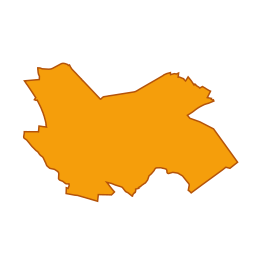 the district of Helmond, Noord-Brabant, Netherlands, rotated 173°
{"feature_id": "6326949B31180787122352", "entity_name": "Helmond", "entity_type": "district", "adm_level": 2, "iso_a3": "NLD", "parent_name": "Netherlands", "parent_adm1": "Noord-Brabant", "projection": "albers", "projection_center": [5.662, 51.474], "detail": "fine", "context": "isolated", "style": "filled", "palette": "amber", "viewbox_px": 256, "rotation_deg": 173, "n_neighbors": 0, "source": "geoboundaries", "source_scale": "gbopen_adm2", "svg_char_len": 5299}
<svg xmlns="http://www.w3.org/2000/svg" viewBox="0 0 256 256"><g transform="rotate(173 128 128)"><path d="M210.2,198.7L210.3,197.9L210.2,197.9L210.3,197.3L210.4,194.6L210.4,194.3L210.4,193.6L210.3,193.0L210.3,192.5L210.2,191.9L210.0,191.4L209.6,190.3L210.1,186.9L224.1,187.4L224.0,187.2L225.0,187.3L224.4,186.2L223.6,184.6L223.2,183.8L222.7,183.0L220.2,178.1L219.8,177.3L219.4,176.5L218.6,174.9L218.2,174.1L217.0,171.6L216.6,170.8L215.9,169.4L217.5,167.5L215.8,166.6L214.8,166.8L214.4,165.8L213.8,164.1L212.6,160.7L212.1,159.2L211.8,158.3L211.7,157.9L210.9,154.8L210.4,153.1L210.3,152.2L210.1,151.3L209.7,149.5L209.5,147.7L209.2,145.9L209.0,144.1L208.9,143.2L208.9,142.3L208.8,141.1L209.0,141.1L208.9,139.5L208.8,138.9L210.3,139.3L212.1,139.7L213.8,140.2L216.1,140.8L217.3,135.1L217.8,135.2L218.2,135.3L218.6,135.4L218.9,135.4L226.1,136.3L226.4,136.4L226.8,136.4L227.2,136.4L231.3,137.0L231.4,136.5L231.5,136.5L231.5,135.9L231.6,135.5L232.6,132.1L232.6,131.7L232.6,131.4L232.6,131.1L232.4,130.8L232.3,130.5L232.0,130.2L230.5,128.9L230.2,128.6L229.9,128.3L229.7,127.9L229.4,127.5L225.9,121.9L225.5,121.3L222.5,117.4L222.0,116.8L221.0,115.9L220.8,115.7L220.4,115.2L220.2,115.0L219.9,114.4L219.1,112.8L218.9,112.5L218.7,112.2L218.4,111.8L218.2,111.5L216.5,109.9L216.2,109.5L216.0,109.2L215.8,108.8L215.7,108.5L214.7,105.5L214.5,104.7L214.3,104.3L214.1,103.8L213.4,101.1L213.3,100.9L213.2,100.6L213.0,100.3L212.9,100.1L210.9,97.9L210.7,97.7L210.4,97.5L210.0,97.3L206.5,96.1L206.1,95.9L205.7,95.7L203.4,93.7L202.8,93.0L202.5,92.4L202.3,91.8L202.3,90.9L203.0,86.9L203.1,86.1L202.8,85.5L202.7,85.3L202.2,84.7L201.8,84.4L199.7,83.3L199.2,83.0L198.9,82.7L197.0,80.7L196.3,80.2L195.5,80.0L193.4,79.7L193.4,78.0L193.9,77.1L194.9,75.3L196.2,76.2L196.5,76.3L196.5,76.1L197.4,70.5L189.2,67.9L187.5,67.5L186.1,67.2L185.7,67.0L167.1,59.0L165.6,65.5L155.6,64.1L154.3,63.9L152.9,63.7L152.6,63.6L151.5,64.4L149.2,66.2L150.3,67.8L151.3,69.3L152.2,70.8L153.2,72.4L153.8,73.5L154.8,75.3L155.7,76.7L151.2,75.0L150.8,74.8L147.4,72.9L141.8,70.4L141.2,70.0L140.7,69.5L138.5,65.8L138.2,65.3L137.7,64.9L136.2,63.9L135.9,63.7L135.6,63.4L132.1,59.8L131.8,59.9L131.7,60.2L131.4,61.0L131.2,61.4L130.8,61.8L130.7,61.9L130.0,62.4L129.8,62.6L129.7,62.7L129.6,63.0L129.4,63.2L129.2,63.2L128.8,63.1L128.7,63.2L128.3,64.0L128.2,64.3L128.1,64.5L128.0,64.9L127.9,66.4L125.4,66.7L124.5,66.9L124.4,67.0L124.5,67.3L124.7,67.5L124.3,67.8L123.9,68.1L123.6,68.2L123.3,68.1L123.2,68.2L122.5,68.6L120.7,69.8L119.6,70.3L119.3,70.4L118.7,70.9L118.6,71.0L117.8,71.2L117.5,71.3L117.4,71.4L116.7,72.1L114.9,74.0L114.5,74.8L113.0,77.9L112.9,78.0L112.7,78.1L112.4,78.3L111.9,78.7L110.7,79.5L110.4,79.7L109.1,80.9L107.9,82.0L107.5,82.4L107.3,82.6L107.0,83.0L106.9,83.2L106.6,83.8L105.0,84.9L104.9,85.0L100.5,84.6L100.2,84.5L99.8,84.4L99.1,84.1L98.4,83.8L97.7,83.6L96.1,83.0L95.8,82.9L95.6,82.7L95.3,82.6L95.2,82.4L94.9,82.1L94.8,81.9L94.7,81.5L94.7,81.3L94.6,81.1L94.6,80.8L94.7,79.6L94.7,79.3L94.6,79.1L94.6,78.9L94.5,78.7L94.4,78.5L94.3,78.4L94.1,78.2L93.9,78.1L93.5,77.9L93.3,77.9L93.1,77.9L89.2,78.5L88.8,78.5L88.5,78.4L84.6,77.3L84.3,77.2L84.1,77.1L83.8,77.0L83.6,76.8L80.2,74.2L79.8,73.8L79.6,73.6L79.4,73.3L77.2,69.7L74.4,65.2L74.3,64.8L74.2,64.6L74.2,64.4L74.2,64.1L74.2,63.8L75.8,58.8L75.4,58.4L75.2,58.4L74.8,58.0L74.5,57.6L74.3,57.5L74.0,56.9L73.2,55.9L72.0,56.6L60.9,62.9L60.7,63.0L39.7,74.7L35.7,77.1L31.7,75.6L23.4,80.7L43.2,116.7L52.2,122.8L56.0,125.4L65.4,130.1L67.5,133.4L66.4,133.9L64.7,134.7L62.4,135.8L60.8,136.7L58.3,138.2L56.8,139.0L56.0,139.4L54.5,140.1L51.9,141.1L50.2,141.7L49.3,142.0L48.9,142.1L46.2,142.6L45.3,142.7L44.5,142.9L39.5,144.3L39.8,145.5L40.1,145.4L40.3,145.4L40.6,145.5L42.0,146.5L41.6,147.2L45.6,148.5L41.7,154.3L41.6,154.5L42.8,155.2L45.8,157.5L46.3,158.0L48.2,159.4L48.6,159.7L48.8,160.0L49.0,160.1L51.9,158.9L52.5,159.7L55.3,162.0L55.3,162.4L55.5,162.7L55.6,162.9L56.3,163.5L57.2,162.7L59.5,167.2L62.1,171.4L64.8,168.0L65.0,167.9L65.2,167.7L66.8,169.8L66.7,170.1L66.8,170.2L67.0,170.2L70.4,172.1L70.6,172.2L70.8,172.3L72.0,172.4L71.1,176.4L73.3,175.7L75.4,176.3L79.2,175.8L79.2,177.1L79.2,177.3L79.3,177.3L79.2,177.8L82.8,177.3L84.2,176.9L85.4,176.5L86.2,176.2L86.9,175.7L87.4,175.5L96.5,171.6L96.9,171.4L96.8,171.5L100.5,169.9L100.8,169.8L112.3,164.9L112.7,164.7L114.3,164.0L115.3,163.6L115.7,163.4L115.9,163.4L116.7,163.2L117.3,163.1L119.3,163.0L131.1,162.6L139.4,162.3L144.0,162.2L144.3,162.1L144.5,162.1L147.7,162.0L148.2,162.0L148.5,161.9L148.9,161.8L149.1,161.6L149.5,161.5L151.1,160.3L151.2,160.2L151.3,160.1L151.7,160.0L151.8,160.1L152.0,160.1L162.4,174.2L163.2,175.3L163.8,176.1L166.9,180.3L167.1,180.6L167.4,180.9L167.5,180.8L167.6,181.0L168.0,181.8L168.1,181.7L168.3,181.9L168.4,182.3L168.7,182.7L170.1,184.6L171.4,186.3L172.8,188.3L175.6,192.0L176.0,192.6L176.4,193.1L176.8,193.8L176.9,194.0L177.3,194.9L177.7,195.7L178.0,196.6L178.2,197.2L178.4,197.7L179.5,197.4L179.5,197.6L179.8,197.9L180.0,198.1L180.2,198.3L180.4,198.5L180.7,198.6L182.4,199.5L183.3,199.8L184.1,200.0L184.4,200.1L184.9,200.1L185.5,200.1L185.9,200.0L186.2,200.0L186.8,199.8L191.7,197.9L195.1,196.6L195.5,196.4L196.1,196.3L196.7,196.1L197.2,196.0L197.6,196.0L198.8,196.0L199.3,196.0L199.9,196.1L205.3,197.1L205.9,197.2L206.3,197.4L207.6,198.1L208.1,198.3L210.2,198.7Z" fill="#f59e0b" stroke="#b45309" stroke-width="1.5"/></g></svg>